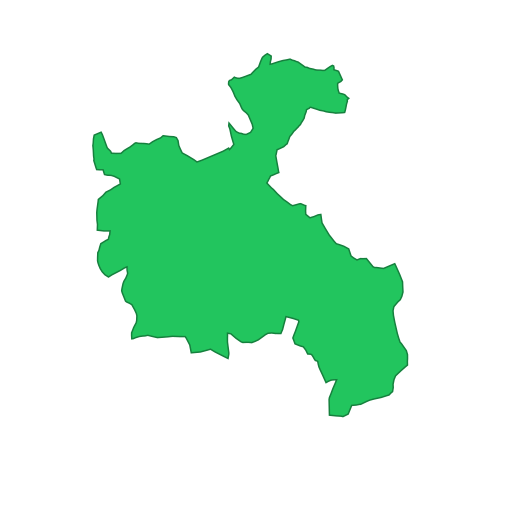 the district of Al-Mosul, Ninawa, Iraq, rotated 337°
{"feature_id": "34846034B66599568712680", "entity_name": "Al-Mosul", "entity_type": "district", "adm_level": 2, "iso_a3": "IRQ", "parent_name": "Iraq", "parent_adm1": "Ninawa", "projection": "natural_earth1", "projection_center": [43.075, 36.099], "detail": "fine", "context": "isolated", "style": "filled", "palette": "green", "viewbox_px": 512, "rotation_deg": 337, "n_neighbors": 0, "source": "geoboundaries", "source_scale": "gbopen_adm2", "svg_char_len": 5671}
<svg xmlns="http://www.w3.org/2000/svg" viewBox="0 0 512 512"><g transform="rotate(337 256 256)"><path d="M403.0,147.1L402.0,145.5L400.7,142.2L399.2,140.8L396.2,138.6L396.4,135.8L396.8,133.7L397.7,131.1L398.5,129.2L399.2,128.8L402.3,128.5L404.3,127.6L404.1,118.2L403.3,117.4L400.5,115.0L401.4,113.1L401.7,111.4L400.8,110.4L398.5,110.6L394.9,111.3L391.9,112.0L390.0,111.3L387.7,110.0L385.0,108.8L383.5,107.9L381.6,106.3L379.1,104.6L378.1,103.8L376.9,102.4L374.9,101.3L374.0,99.6L371.4,95.4L370.6,94.0L368.8,92.5L367.9,91.4L365.9,89.9L364.3,88.1L360.5,87.4L357.2,86.6L352.8,86.0L345.8,85.4L343.9,85.0L345.2,82.7L346.8,80.6L348.1,77.9L347.7,77.3L345.5,74.2L342.6,74.7L339.7,75.6L338.6,76.5L336.2,78.8L333.6,81.6L332.2,83.1L328.9,84.0L323.9,86.1L322.6,86.8L313.4,86.4L310.2,86.0L308.5,85.2L306.7,83.8L305.9,82.9L304.9,83.3L302.3,84.2L300.1,84.1L298.9,85.0L298.3,86.3L297.9,86.9L297.8,87.8L298.1,88.7L298.7,91.0L298.9,92.8L299.1,95.8L299.1,97.9L299.0,100.6L299.5,104.6L300.1,107.2L300.6,109.3L300.6,111.0L300.6,113.8L300.8,115.8L301.5,117.6L303.0,120.4L304.0,123.3L304.0,125.9L304.0,131.3L304.0,133.2L303.5,136.0L303.3,137.3L299.3,140.1L294.5,140.3L292.2,139.1L290.4,137.4L288.7,136.5L287.1,134.7L286.1,133.3L284.7,128.6L283.1,123.1L281.7,125.6L281.6,128.8L280.2,136.0L279.6,140.9L279.2,144.6L275.2,146.8L273.1,147.7L273.0,146.0L266.7,146.7L253.0,146.7L243.8,146.7L238.4,146.4L236.4,143.0L232.0,136.9L228.3,132.3L228.1,127.1L228.1,124.1L229.3,119.3L228.9,115.9L226.9,114.1L223.0,112.2L217.5,109.0L214.4,110.0L210.1,110.0L205.5,110.4L201.3,111.3L199.9,110.4L197.5,109.0L192.1,106.5L189.7,104.9L188.3,104.9L186.1,105.6L182.4,106.5L179.8,106.8L175.8,107.4L171.9,108.8L167.0,106.8L163.1,104.9L163.1,102.9L162.4,101.1L161.6,99.2L161.3,98.1L161.5,94.0L161.8,88.7L162.0,84.2L161.8,81.5L154.3,81.5L152.2,84.6L150.2,88.6L148.9,90.8L148.7,91.6L147.6,95.0L146.5,98.0L145.6,100.4L144.8,103.4L144.0,104.8L143.3,111.5L143.1,114.2L146.3,115.8L148.9,116.9L148.4,121.8L150.7,123.5L154.2,125.2L156.6,127.2L160.5,131.8L159.3,136.7L152.2,137.4L148.0,138.3L142.8,138.6L138.7,140.6L133.0,142.3L132.0,144.1L127.9,151.0L126.4,153.8L123.6,160.9L122.4,165.1L120.0,170.2L126.0,173.6L131.5,175.9L129.7,179.1L127.8,181.2L126.7,182.9L123.8,183.1L121.6,183.5L118.0,184.0L115.6,186.8L113.6,189.5L111.7,191.1L110.9,192.8L109.7,195.3L108.3,198.5L107.9,200.6L107.7,203.1L107.7,206.8L108.3,210.5L109.6,214.2L112.0,217.7L116.1,217.0L125.4,216.3L130.2,215.6L133.0,215.6L131.8,218.6L131.1,221.8L130.1,223.0L127.5,225.5L124.6,227.6L122.9,229.4L120.9,232.2L119.8,233.8L118.8,235.5L118.5,237.7L118.3,246.5L118.9,247.7L121.2,250.2L122.7,252.3L123.3,258.1L123.4,262.2L123.0,264.5L121.0,268.7L119.6,270.7L117.2,272.6L115.3,274.2L114.2,275.4L112.6,277.0L111.5,278.1L110.5,280.4L109.3,283.7L110.6,284.1L113.2,284.1L117.1,284.5L120.1,285.3L122.7,286.2L125.4,286.7L129.0,289.4L133.4,292.6L142.9,295.8L147.8,297.3L154.6,300.5L159.3,302.5L159.7,304.4L160.3,312.0L158.6,319.8L167.3,322.6L173.7,323.5L177.7,324.0L180.9,328.4L187.2,335.9L190.2,339.4L192.5,335.9L193.1,334.6L195.1,327.5L196.1,324.0L198.0,319.5L198.1,319.4L199.6,315.9L202.5,317.8L203.3,319.5L205.5,324.0L208.7,329.1L210.0,330.4L213.7,331.8L215.7,332.7L218.3,334.1L219.2,334.1L221.8,334.2L224.4,334.1L225.3,334.1L233.1,332.3L233.8,332.1L236.8,331.8L238.3,332.3L240.4,333.0L243.8,335.0L245.0,335.5L248.6,337.1L250.2,335.5L251.7,334.1L255.2,329.5L258.0,326.0L259.9,323.5L263.2,326.0L265.9,328.1L269.9,331.6L269.8,333.2L262.5,341.1L259.8,343.8L257.9,345.9L257.8,348.7L257.6,352.1L261.5,356.0L264.1,358.1L265.1,362.3L265.3,366.4L268.1,367.8L268.8,368.9L269.2,371.2L269.5,374.0L269.8,375.4L271.0,376.3L271.6,377.3L271.0,380.0L270.6,382.8L270.6,385.5L270.8,390.8L271.0,399.6L271.0,399.9L272.0,399.8L273.6,399.6L276.3,399.6L276.5,399.6L277.3,399.8L278.5,400.1L281.9,401.4L279.3,404.0L274.9,408.2L271.5,411.8L268.2,415.1L267.2,416.7L261.4,431.2L267.4,434.5L271.8,436.7L273.3,437.8L279.1,437.5L284.0,432.6L285.7,430.9L289.9,432.3L293.7,433.1L294.4,433.4L301.2,433.1L304.3,433.1L308.7,433.7L316.0,435.1L321.4,435.6L324.2,435.9L326.7,434.8L328.7,434.2L330.9,430.7L332.0,427.7L334.8,423.6L337.7,420.8L340.6,419.7L344.1,418.4L350.1,416.4L352.8,415.6L354.1,412.3L355.4,409.6L356.9,406.0L357.4,401.9L355.6,393.4L354.9,391.5L355.1,389.4L355.2,387.7L355.8,382.5L356.3,379.7L357.8,371.3L359.3,364.4L360.7,360.0L363.1,356.5L368.6,353.7L371.7,352.6L374.4,350.2L377.2,346.6L379.0,341.7L380.8,337.0L381.0,329.1L380.8,319.6L380.7,317.3L368.6,317.3L366.6,316.2L362.6,313.8L360.6,312.9L359.5,311.6L356.6,301.5L353.2,300.2L351.1,299.2L347.4,299.1L345.0,295.8L343.5,293.1L344.1,285.7L340.6,281.3L337.0,278.0L334.7,276.1L333.7,273.2L332.0,266.8L331.6,265.5L330.4,257.1L329.7,251.3L330.9,246.7L331.9,243.1L329.1,242.4L324.8,242.4L320.6,241.9L318.1,237.1L319.2,234.0L321.5,229.1L320.7,228.6L317.6,225.3L316.1,224.9L312.8,224.5L309.3,224.0L307.7,222.0L305.9,218.8L303.4,214.8L301.6,210.7L299.9,207.0L298.0,201.6L296.8,199.3L295.1,194.8L294.5,193.0L295.6,192.2L296.9,191.2L297.1,190.9L299.2,189.3L300.6,188.0L303.9,188.1L306.7,188.0L309.6,188.1L309.8,186.9L310.6,183.6L312.0,177.3L313.4,171.3L314.1,170.5L316.9,166.4L317.5,166.4L319.2,166.4L324.2,166.2L327.3,165.1L328.5,164.9L330.1,163.1L331.9,161.3L333.8,159.2L336.1,158.1L337.3,157.4L339.5,156.0L341.3,155.4L343.3,154.5L345.3,153.7L346.5,153.0L348.2,152.4L349.6,151.2L352.0,149.6L354.2,147.9L355.8,145.6L358.5,142.8L359.7,141.0L360.9,140.9L362.8,140.8L363.6,140.3L364.5,140.5L366.9,142.6L369.6,144.9L371.8,146.9L374.8,148.8L376.9,150.6L380.3,152.7L382.7,154.0L385.2,155.6L387.7,156.5L392.2,158.1L393.7,158.5L395.1,156.8L396.9,154.2L398.7,151.5L400.6,149.2L401.0,147.8L403.0,147.1Z" fill="#22c55e" stroke="#15803d" stroke-width="1.5"/></g></svg>